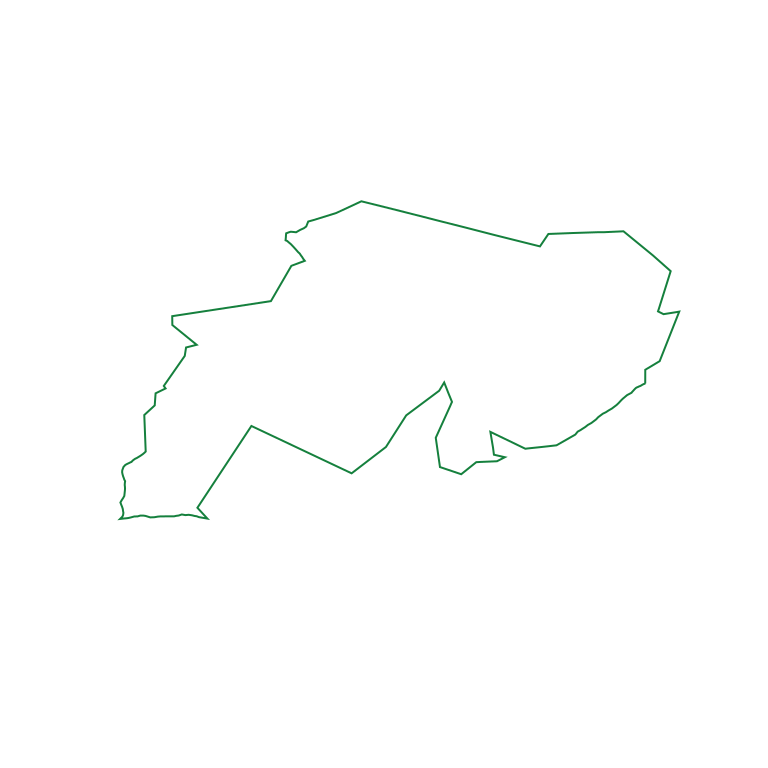 San Felipe Tejalápam, Oaxaca, Mexico, rotated 36°
{"feature_id": "50627088B66881116588394", "entity_name": "San Felipe Tejalápam", "entity_type": "district", "adm_level": 2, "iso_a3": "MEX", "parent_name": "Mexico", "parent_adm1": "Oaxaca", "projection": "mercator", "projection_center": [-96.886, 17.081], "detail": "fine", "context": "isolated", "style": "outline", "palette": "green", "viewbox_px": 768, "rotation_deg": 36, "n_neighbors": 0, "source": "geoboundaries", "source_scale": "gbopen_adm2", "svg_char_len": 2541}
<svg xmlns="http://www.w3.org/2000/svg" viewBox="0 0 768 768"><g transform="rotate(36 384 384)"><path d="M580.3,151.9L578.4,153.9L569.1,163.2L563.0,164.2L562.1,161.4L549.6,124.2L526.0,121.9L488.0,119.7L473.1,131.6L468.3,135.1L448.1,150.8L428.8,166.0L429.3,181.0L398.8,193.3L385.4,198.7L357.8,209.6L336.6,218.1L295.4,234.5L258.3,249.5L244.8,273.8L230.7,292.7L227.2,297.1L228.5,302.3L227.6,305.1L225.6,308.6L223.7,312.9L221.1,314.4L219.1,315.6L218.0,317.0L216.3,319.6L217.4,321.5L218.2,322.7L219.9,325.6L221.6,325.2L223.7,325.4L226.5,325.6L230.3,326.3L233.6,327.0L237.1,327.8L239.1,328.0L241.5,328.9L242.9,329.3L245.1,330.2L247.5,330.9L239.6,342.8L243.8,383.4L172.8,453.6L178.1,460.7L209.4,462.4L204.4,468.4L202.4,470.8L206.3,478.4L207.0,515.0L209.9,516.0L204.7,525.8L211.1,536.1L208.3,550.0L230.9,578.7L230.6,580.5L230.1,582.5L229.2,585.1L228.3,587.3L227.5,589.2L226.6,590.8L226.0,592.6L225.7,593.7L225.5,595.5L224.9,596.4L224.1,598.0L223.3,599.4L222.3,601.5L222.0,604.2L222.5,606.0L223.0,607.7L224.0,609.3L225.5,610.7L227.3,612.1L228.4,612.8L230.1,614.0L231.7,614.8L232.4,616.2L233.6,618.1L234.8,619.4L236.0,620.9L237.0,622.5L238.5,625.1L239.7,627.2L240.0,629.6L240.1,632.3L240.4,634.8L242.5,636.2L244.3,637.3L246.2,638.7L247.5,640.1L248.9,641.4L250.0,643.5L250.3,645.2L249.8,648.3L252.5,645.8L254.9,643.7L256.1,642.5L257.5,640.9L259.8,638.0L262.5,635.9L264.2,633.7L266.5,632.0L268.6,630.9L273.3,629.3L276.6,626.7L279.0,624.2L281.1,622.4L292.0,614.4L293.4,612.8L295.2,611.1L297.1,608.4L300.4,606.8L302.9,604.6L306.0,603.0L308.3,602.1L310.2,601.1L312.5,600.5L320.2,596.7L305.8,593.8L301.4,495.9L410.3,475.3L422.6,433.8L420.4,396.3L432.6,357.0L431.8,347.4L435.6,349.8L437.8,351.2L440.9,353.2L449.5,358.5L449.7,359.1L449.7,359.3L449.8,360.0L450.4,362.5L456.6,392.7L457.5,397.1L478.1,418.3L499.5,411.6L504.6,393.0L508.8,389.6L520.8,380.1L524.8,372.2L514.5,376.6L509.8,371.6L498.2,360.2L536.4,353.3L538.1,351.7L547.9,342.9L553.4,337.9L559.6,332.2L568.5,312.5L568.7,308.7L570.1,305.7L570.8,303.8L572.1,300.5L573.0,297.3L574.7,293.6L576.4,288.0L576.8,284.9L578.5,279.4L580.1,276.4L581.2,273.5L582.8,269.9L584.5,264.3L585.0,261.6L585.5,257.5L585.9,255.3L587.2,250.1L589.4,245.6L589.4,245.1L589.4,244.9L589.4,244.7L589.5,243.8L589.6,243.1L589.7,242.0L589.9,240.4L590.1,239.3L590.3,238.7L590.7,237.9L590.9,237.6L591.3,237.0L591.4,236.7L591.8,236.0L592.6,234.8L592.6,234.7L593.1,233.7L593.4,232.8L594.1,231.5L595.0,230.1L595.2,229.9L595.0,230.0L587.0,218.9L592.9,205.1L593.6,203.5L580.3,151.9Z" fill="none" stroke="#15803d" stroke-width="2"/></g></svg>